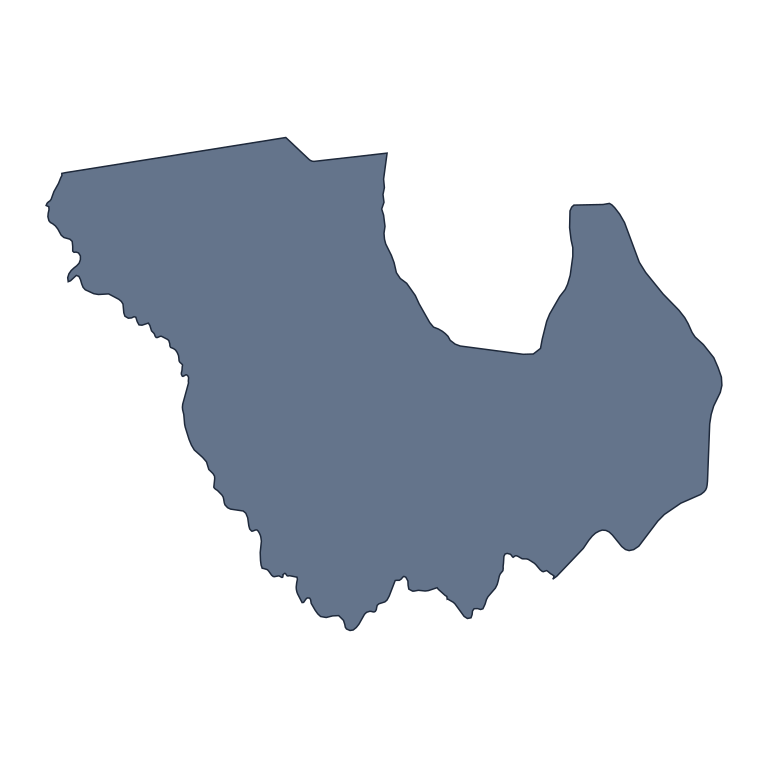 map outline of Western Equatoria (Equal Earth projection)
{"feature_id": "SDS-864", "entity_name": "Western Equatoria", "entity_type": "State", "adm_level": 1, "iso_a3": "SSD", "parent_name": "South Sudan", "parent_adm1": "", "projection": "equal_earth", "projection_center": [28.334, 5.546], "detail": "fine", "context": "isolated", "style": "filled", "palette": "slate", "viewbox_px": 768, "rotation_deg": 0, "n_neighbors": 0, "source": "natural_earth", "source_scale": "10m", "svg_char_len": 4572}
<svg xmlns="http://www.w3.org/2000/svg" viewBox="0 0 768 768"><path d="M74.0,252.3L72.7,251.1L72.7,246.4L72.2,241.4L69.9,239.2L63.9,237.5L61.2,235.2L57.8,229.0L55.4,225.9L52.6,223.7L50.4,222.5L48.9,220.7L47.9,216.7L48.2,213.2L49.0,209.6L48.8,206.7L46.1,205.5L47.1,203.2L48.4,201.9L49.9,200.9L51.1,199.4L53.9,191.6L58.5,183.4L60.8,177.6L61.9,175.6L61.8,173.4L65.7,172.6L285.8,137.5L309.0,159.4L310.3,160.4L312.2,161.2L314.0,161.4L387.1,153.1L383.6,179.1L384.4,187.6L383.0,194.5L384.0,202.3L381.7,209.0L383.6,215.1L385.0,226.4L384.0,233.3L384.5,239.2L385.7,243.9L391.4,255.4L394.1,262.7L396.4,272.7L400.3,278.5L406.7,283.3L415.3,295.5L419.1,303.8L429.7,322.5L433.5,327.1L438.4,329.0L442.4,331.3L445.4,333.7L448.0,336.3L450.2,340.3L455.1,344.1L460.2,346.0L523.2,354.3L533.3,354.0L540.5,348.4L542.2,339.2L546.7,321.2L549.7,313.9L559.8,296.4L565.2,289.5L567.6,284.2L570.2,275.3L572.8,256.3L572.8,247.6L571.1,240.0L569.6,227.6L570.0,210.9L571.7,207.1L573.9,205.1L603.1,204.5L609.4,203.4L611.9,204.9L614.7,207.7L619.7,214.2L624.5,222.5L639.3,262.3L645.6,272.4L663.0,293.9L678.9,310.2L684.7,317.6L688.1,323.6L692.1,332.5L695.1,337.0L703.4,344.6L713.8,357.7L718.1,367.6L721.4,377.1L721.9,385.4L720.3,392.4L713.7,406.0L711.2,414.4L709.7,423.9L707.5,481.2L707.1,485.2L706.6,487.7L705.7,489.8L704.0,491.9L700.8,494.4L680.8,503.2L664.3,514.5L657.8,521.1L638.8,546.2L633.7,549.6L629.1,550.6L625.4,549.5L621.7,546.5L612.4,535.0L609.2,532.0L605.9,530.4L602.2,530.1L599.2,531.1L595.5,533.1L592.2,536.1L588.7,540.4L583.3,548.4L556.8,576.2L552.7,579.2L553.5,578.1L554.0,576.0L552.2,574.6L550.7,573.8L547.5,571.1L546.5,570.6L543.3,571.7L542.2,571.4L540.1,569.7L535.9,564.7L534.3,563.2L528.3,559.4L526.6,558.9L522.2,558.8L517.9,556.3L516.2,555.7L515.3,555.8L513.1,557.3L512.4,556.7L510.9,554.7L510.3,554.2L507.2,553.4L505.1,554.0L503.9,556.4L503.5,563.2L503.1,566.5L503.2,568.5L502.9,570.7L500.2,574.0L499.3,576.1L498.3,580.6L497.2,584.5L495.4,588.1L488.0,596.7L486.5,599.5L485.1,604.1L482.9,608.8L480.6,609.5L477.7,608.6L474.1,608.7L472.5,611.0L472.1,614.7L471.0,617.8L467.4,618.5L464.1,616.4L455.0,603.9L453.3,602.3L447.6,599.0L447.2,599.2L446.8,596.4L445.2,595.5L438.3,589.3L437.1,587.7L428.4,590.6L425.2,591.0L418.4,590.3L414.0,591.1L412.5,591.1L408.8,589.1L408.1,585.3L407.9,581.0L405.8,577.2L403.9,576.4L402.6,577.3L401.4,578.9L399.4,580.3L396.5,580.3L395.2,580.5L389.2,596.1L387.0,600.1L384.9,601.9L378.9,603.8L377.2,605.3L376.7,607.4L376.3,609.7L375.3,611.4L374.0,612.0L372.6,611.8L371.2,611.4L369.8,611.3L366.6,612.3L364.5,614.3L359.0,624.1L356.3,627.5L353.2,630.0L350.0,630.5L346.5,629.0L345.3,627.2L344.8,624.5L343.5,620.4L338.7,615.6L332.6,615.9L326.2,617.5L320.6,616.5L317.8,613.9L315.2,610.3L311.2,603.4L310.6,599.7L309.6,598.1L307.3,597.9L306.0,599.0L303.6,602.4L302.1,602.6L297.7,594.1L297.0,592.3L296.6,590.7L296.3,589.1L296.2,587.0L296.7,582.6L297.4,579.3L297.0,577.2L289.6,575.7L287.9,576.0L287.0,575.7L285.5,573.6L284.8,573.3L283.5,574.2L282.9,574.8L283.1,575.1L283.0,575.5L282.9,576.5L282.6,577.3L281.7,577.4L279.3,576.0L278.5,575.9L274.3,576.7L273.2,576.5L271.6,575.2L268.9,571.4L267.5,569.8L266.3,569.3L262.8,568.3L262.2,568.3L261.1,565.1L260.5,560.5L260.2,552.5L261.4,541.2L260.8,537.0L260.3,535.2L259.3,533.0L258.1,531.0L256.8,529.9L255.5,530.0L252.7,531.1L251.6,531.1L249.7,529.0L248.8,525.8L247.7,517.8L245.8,513.2L243.2,511.0L230.5,509.1L227.6,507.7L225.0,504.9L224.3,502.9L223.6,498.8L223.1,496.9L221.9,495.0L217.4,490.4L216.4,489.8L215.4,489.1L214.5,488.3L213.8,487.2L214.7,478.6L214.5,476.1L213.0,473.6L208.8,469.5L206.5,461.9L202.6,457.4L194.3,450.0L191.4,445.1L189.0,439.3L185.2,427.1L184.6,424.1L183.8,414.6L182.6,409.6L182.4,407.2L182.7,404.2L188.5,383.0L188.3,381.1L188.6,377.7L188.0,376.1L186.6,374.8L185.5,374.9L184.8,375.5L184.3,375.8L183.7,375.9L183.0,376.4L182.3,376.2L181.4,374.4L181.3,373.1L182.0,370.2L182.2,366.9L182.5,365.6L182.4,364.6L179.9,362.3L179.3,361.4L179.0,360.3L178.9,358.6L178.5,355.6L177.2,352.5L175.5,350.0L173.5,348.6L170.6,347.4L169.9,345.9L169.8,343.9L168.8,340.6L167.5,339.4L161.5,336.3L160.2,336.3L157.5,337.5L156.2,337.5L155.3,336.5L154.2,333.6L151.5,330.8L149.8,325.3L148.3,323.1L142.0,325.2L139.0,324.9L137.2,321.6L135.8,317.2L134.0,316.7L131.6,317.9L128.3,318.2L124.9,316.2L123.8,312.8L123.0,304.1L121.4,301.5L118.8,299.3L108.6,293.9L98.4,294.5L93.8,293.7L85.3,289.8L83.1,287.4L81.7,283.9L80.5,279.7L78.9,276.4L76.3,275.4L70.5,280.8L68.2,281.7L67.7,277.6L68.9,273.8L71.2,270.5L74.1,267.8L76.7,265.8L79.1,263.2L80.4,259.6L80.4,255.9L78.5,252.9L76.1,252.1L74.0,252.3Z" fill="#64748b" stroke="#1e293b" stroke-width="1.5"/></svg>